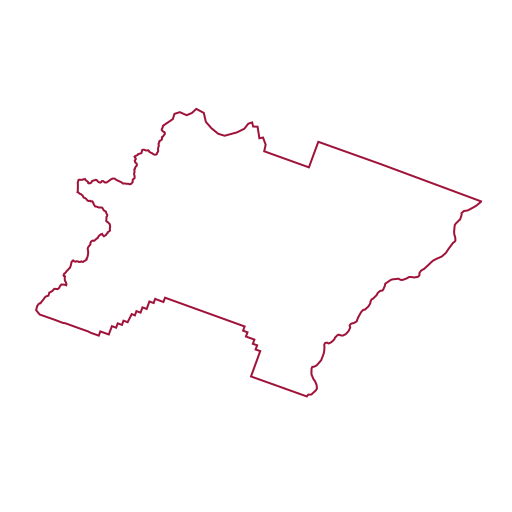 Baker, Oregon, United States of America (Mercator projection), rotated 20°
{"feature_id": "52423323B10863123109604", "entity_name": "Baker", "entity_type": "district", "adm_level": 2, "iso_a3": "USA", "parent_name": "United States of America", "parent_adm1": "Oregon", "projection": "mercator", "projection_center": [-117.935, 44.668], "detail": "fine", "context": "isolated", "style": "outline", "palette": "rose", "viewbox_px": 512, "rotation_deg": 20, "n_neighbors": 0, "source": "geoboundaries", "source_scale": "gbopen_adm2", "svg_char_len": 5563}
<svg xmlns="http://www.w3.org/2000/svg" viewBox="0 0 512 512"><g transform="rotate(20 256 256)"><path d="M126.9,384.7L135.5,384.6L135.5,380.1L144.5,380.1L144.6,371.2L149.1,371.2L149.1,366.6L153.6,366.6L153.6,362.1L158.0,362.1L159.1,353.1L162.5,353.2L162.5,348.7L166.9,348.7L166.9,343.1L171.4,343.1L171.4,335.2L175.9,335.2L175.9,330.8L184.7,330.9L184.8,326.3L269.4,326.1L269.4,330.6L274.1,330.6L274.1,335.1L283.1,335.1L283.1,339.6L287.6,339.5L287.6,344.0L292.5,343.9L292.5,370.9L351.8,370.6L352.3,368.8L352.5,368.5L352.9,368.2L355.1,367.4L355.5,367.0L358.0,362.2L358.2,361.8L358.5,360.2L358.6,359.7L357.1,356.6L356.9,356.3L354.7,353.9L353.9,353.1L352.5,352.4L350.1,349.9L348.5,348.1L346.7,342.8L346.8,341.0L348.5,340.1L350.3,338.2L350.6,337.6L352.2,333.5L352.9,331.5L353.0,325.0L352.8,323.2L352.5,321.6L351.5,318.1L350.8,317.0L350.6,315.9L350.5,315.3L350.7,314.3L350.9,313.9L352.6,313.1L353.8,313.4L354.3,313.3L356.2,311.3L357.5,308.9L357.9,307.8L358.2,306.7L358.1,305.8L358.6,304.7L359.5,302.8L360.4,301.7L363.6,301.5L364.9,301.0L366.9,298.9L367.6,297.6L368.7,294.6L369.0,291.0L367.8,289.5L367.8,288.8L368.3,287.4L369.1,286.6L370.0,286.1L371.0,285.4L372.7,283.4L373.0,282.7L372.9,279.6L373.9,273.1L374.5,271.4L375.2,269.9L376.7,269.2L378.9,264.9L379.6,261.4L379.2,259.7L379.4,257.4L380.5,256.2L382.8,251.4L382.8,250.6L383.1,248.9L384.7,246.2L386.5,245.3L387.0,244.3L387.3,239.6L386.9,237.9L390.9,232.3L392.2,231.3L397.7,228.6L399.4,228.9L401.0,228.8L402.5,227.9L403.7,226.9L405.7,225.1L406.7,223.7L407.2,223.3L408.1,222.9L412.1,222.0L414.8,220.5L415.2,220.2L415.9,219.1L416.1,218.3L416.1,217.9L415.6,216.8L415.4,216.1L415.5,215.5L416.0,213.6L416.7,212.5L418.4,210.6L421.7,204.2L422.7,202.1L423.8,200.0L426.6,196.9L430.7,193.0L432.5,189.8L433.5,187.7L433.9,185.8L434.9,182.1L435.8,179.1L436.6,176.4L437.7,174.7L438.0,173.9L438.1,173.4L437.2,171.0L434.8,167.6L433.9,165.5L433.7,165.0L432.2,159.0L432.6,157.3L434.9,152.4L435.3,151.9L435.2,147.6L435.0,146.6L434.5,145.5L434.5,145.3L436.0,142.6L438.5,141.3L439.6,140.5L443.3,136.4L445.8,133.4L448.8,128.2L448.8,127.7L341.6,127.0L275.5,127.4L275.4,154.6L227.9,154.8L227.0,148.1L222.1,142.3L218.9,144.2L213.3,134.0L209.0,135.3L206.7,131.8L203.5,134.3L201.5,140.4L195.9,146.3L185.4,153.7L178.7,154.1L170.2,151.1L163.0,147.1L158.0,139.4L149.6,138.2L146.8,143.6L142.7,147.4L135.2,146.9L130.8,150.3L131.0,155.8L124.1,165.4L124.3,165.9L124.2,167.0L124.3,167.8L124.1,169.0L124.4,170.0L125.2,170.3L125.9,170.7L126.8,171.0L127.6,170.9L128.0,171.3L128.4,171.8L128.6,172.7L128.3,173.3L127.9,174.9L127.8,175.4L127.0,176.2L127.1,177.1L127.6,177.7L127.6,179.0L126.9,180.0L126.1,180.7L125.9,181.7L126.3,182.3L126.0,184.0L127.0,185.5L127.0,187.5L127.6,189.7L128.2,190.8L128.2,191.7L128.0,192.1L127.8,193.1L127.9,194.1L127.5,194.8L126.3,195.4L124.8,195.5L123.1,194.9L122.6,194.9L121.9,194.9L120.5,194.7L119.6,194.1L119.2,193.7L118.7,193.5L118.3,193.7L117.2,194.3L116.0,194.5L114.3,194.4L113.3,194.9L112.9,195.3L112.7,196.0L113.0,196.7L113.1,197.9L113.1,198.6L111.6,199.7L110.4,200.5L110.1,201.7L109.3,202.5L108.2,203.5L107.9,204.3L108.6,204.9L109.6,205.4L109.9,206.1L109.6,207.2L109.4,207.7L109.7,208.3L110.2,208.6L110.4,209.2L111.0,209.6L112.2,210.0L112.9,211.0L113.0,212.1L112.5,212.9L112.2,214.4L112.5,215.4L112.1,215.8L112.1,216.5L112.3,217.0L113.0,218.1L113.2,219.0L113.1,219.7L113.4,220.7L114.3,222.0L115.0,223.3L115.2,224.7L114.6,225.4L114.1,226.4L114.8,228.9L114.0,230.9L112.9,231.8L111.5,231.8L110.1,232.3L108.0,232.7L106.3,233.4L104.9,232.9L102.7,232.6L99.7,232.4L98.6,232.2L96.8,231.6L94.9,232.2L93.7,233.3L93.1,234.2L92.4,235.2L91.0,237.3L90.2,238.2L89.3,238.3L88.8,238.6L87.6,238.2L86.6,237.9L85.5,238.4L85.3,239.5L84.6,240.3L82.9,240.4L81.2,239.7L80.3,239.1L79.2,239.3L78.8,239.7L76.4,241.5L76.2,242.2L76.0,243.4L75.6,244.0L75.0,244.5L74.4,244.6L74.2,244.9L73.3,244.8L72.7,243.8L71.0,243.3L69.5,242.7L68.9,242.1L68.2,242.6L67.8,242.9L66.8,243.7L65.2,244.4L63.6,244.8L63.2,245.3L63.4,248.0L64.4,250.3L65.6,253.8L66.4,256.2L66.4,257.0L67.5,257.1L69.0,257.8L70.3,257.7L71.5,258.3L72.3,258.4L74.0,260.0L76.5,260.2L78.6,261.5L79.8,261.6L81.3,260.8L82.4,261.2L83.4,260.6L84.8,261.5L85.3,262.4L86.6,263.5L87.3,264.1L87.8,264.4L88.8,264.3L89.9,264.1L91.3,264.2L92.7,263.9L93.8,263.3L95.1,263.3L97.4,265.2L99.7,265.6L100.7,267.0L102.3,268.4L102.4,269.4L102.1,270.3L102.5,271.5L103.0,273.1L103.3,274.4L104.7,274.9L105.5,275.0L107.8,276.2L109.0,278.4L109.2,280.1L110.1,282.1L109.4,283.3L108.5,284.5L108.7,285.4L108.1,286.1L107.9,287.5L106.8,288.8L106.3,289.5L105.5,289.1L104.7,288.6L103.5,288.5L103.5,288.2L102.7,288.8L102.2,289.7L101.5,290.7L101.2,292.4L101.1,292.9L101.0,293.5L100.4,293.9L99.7,295.4L98.7,297.1L97.7,297.3L97.0,297.5L96.0,299.0L96.0,300.5L96.4,302.0L95.9,303.2L95.3,305.2L95.3,306.6L95.7,307.4L96.3,308.3L97.1,310.0L97.7,312.5L98.0,315.0L97.6,316.5L98.1,317.2L97.2,318.6L96.2,319.6L95.5,320.7L94.5,321.0L93.7,320.8L92.6,321.8L91.6,322.2L90.5,322.0L89.4,322.2L88.3,323.1L86.6,323.1L85.7,322.7L84.7,324.4L85.0,326.6L85.2,328.4L85.2,330.7L84.4,332.2L83.7,334.1L83.1,335.2L82.8,336.8L81.8,338.2L81.8,340.1L82.4,340.5L83.2,340.3L83.6,340.8L83.8,342.3L84.8,344.4L86.5,345.9L87.5,347.3L87.6,348.4L87.0,348.3L85.8,348.5L82.9,349.3L82.2,351.0L82.0,352.9L81.7,353.9L80.9,355.0L79.5,355.3L77.7,355.8L76.6,358.5L75.5,359.9L74.3,361.1L74.5,364.2L73.6,365.0L72.9,365.4L72.0,366.5L71.5,368.1L70.9,370.1L70.5,371.4L70.0,372.7L69.6,374.2L68.8,374.5L68.1,375.6L67.5,377.9L67.9,382.1L72.8,385.0L78.6,384.9L89.7,384.8L97.5,384.9L99.9,384.4L112.5,384.4L124.2,384.3L126.9,384.7Z" fill="none" stroke="#9f1239" stroke-width="2"/></g></svg>